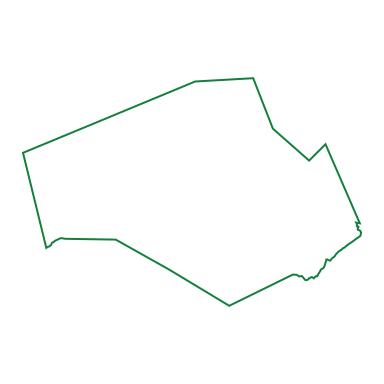 Kajo-keji, Central Equatoria, South Sudan (orthographic projection)
{"feature_id": "79223893B65724383376583", "entity_name": "Kajo-keji", "entity_type": "district", "adm_level": 2, "iso_a3": "SSD", "parent_name": "South Sudan", "parent_adm1": "Central Equatoria", "projection": "orthographic", "projection_center": [31.637, 3.892], "detail": "fine", "context": "isolated", "style": "outline", "palette": "green", "viewbox_px": 384, "rotation_deg": 0, "n_neighbors": 0, "source": "geoboundaries", "source_scale": "gbopen_adm2", "svg_char_len": 1168}
<svg xmlns="http://www.w3.org/2000/svg" viewBox="0 0 384 384"><path d="M77.2,130.4L23.0,152.8L46.3,247.9L47.3,247.1L49.4,246.4L51.0,245.0L52.1,242.6L53.5,242.2L54.8,240.9L60.0,238.4L62.0,238.2L65.1,238.8L115.7,239.6L169.0,269.5L229.2,305.8L293.0,274.5L293.3,274.6L296.4,274.8L297.9,275.5L299.2,276.4L300.8,276.3L301.8,276.0L303.3,277.6L304.3,278.9L305.3,280.0L306.2,280.2L307.7,279.7L308.6,279.0L309.0,278.3L310.0,278.0L311.1,277.2L312.3,277.2L313.1,277.8L313.8,278.3L315.0,277.0L316.0,276.2L317.3,276.2L318.0,274.5L320.4,270.8L320.8,269.6L323.0,268.4L323.7,267.7L324.6,265.9L325.1,263.8L326.3,260.6L326.3,259.5L327.5,259.5L328.2,259.9L329.4,260.5L330.3,260.6L331.4,259.0L332.9,257.6L334.6,256.5L335.3,255.1L336.9,253.3L338.7,251.5L340.6,250.2L342.1,249.2L342.9,248.3L344.7,247.4L346.5,245.8L349.2,243.8L350.8,242.8L353.3,241.0L356.5,238.6L358.5,237.3L360.4,235.8L360.9,233.7L361.0,232.3L360.2,230.8L359.4,230.3L358.2,230.0L357.7,229.1L358.1,227.8L358.5,226.8L358.0,226.4L357.1,226.4L357.1,225.5L356.8,224.3L356.6,223.3L356.2,222.6L359.8,223.3L325.5,144.2L309.1,160.6L272.9,128.7L253.2,78.2L195.1,81.5L77.2,130.4Z" fill="none" stroke="#15803d" stroke-width="2"/></svg>